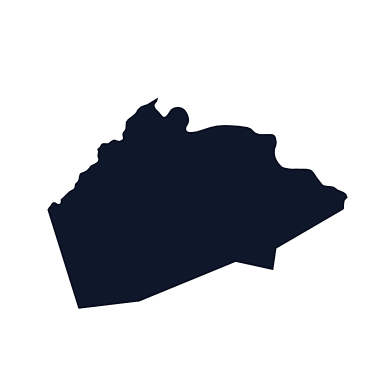 St. Joseph Estate, Dennery, Saint Lucia (Equal Earth projection), rotated 71°
{"feature_id": "8701671B99871718233737", "entity_name": "St. Joseph Estate", "entity_type": "district", "adm_level": 2, "iso_a3": "LCA", "parent_name": "Saint Lucia", "parent_adm1": "Dennery", "projection": "equal_earth", "projection_center": [-60.918, 13.902], "detail": "fine", "context": "isolated", "style": "filled", "palette": "ink", "viewbox_px": 384, "rotation_deg": 71, "n_neighbors": 0, "source": "geoboundaries", "source_scale": "gbopen_adm2", "svg_char_len": 3057}
<svg xmlns="http://www.w3.org/2000/svg" viewBox="0 0 384 384"><g transform="rotate(71 192 192)"><path d="M95.2,205.8L95.1,207.6L95.1,210.8L95.3,212.8L96.1,214.6L97.2,216.6L98.5,217.9L99.2,218.8L100.3,220.8L101.1,223.0L102.5,227.3L103.1,228.9L104.1,230.0L104.6,231.1L105.2,231.3L108.4,232.7L110.7,233.6L111.6,234.4L112.8,235.8L113.4,236.9L114.1,237.9L116.4,238.7L118.8,238.9L119.8,239.6L120.2,240.2L120.8,241.9L120.7,242.6L120.8,244.6L117.8,248.7L117.8,249.3L118.0,251.2L118.8,253.6L119.3,254.9L119.3,255.9L118.5,257.9L117.7,260.1L117.6,260.8L118.1,262.2L119.4,263.4L119.9,264.2L120.3,264.9L120.8,266.4L121.3,267.0L122.3,267.0L123.6,266.9L124.5,267.5L126.7,268.7L128.0,269.1L130.7,269.0L131.4,269.5L132.1,269.9L133.2,271.0L133.7,272.5L134.3,274.8L134.4,275.6L134.4,276.7L134.7,278.2L134.9,279.4L136.0,280.6L137.4,283.2L138.1,285.2L138.4,287.4L138.5,290.4L138.7,291.3L139.2,292.0L141.2,293.3L143.2,294.3L144.8,295.6L145.7,297.0L146.7,299.2L147.0,299.5L148.9,300.5L150.3,301.4L151.0,302.3L151.5,304.4L152.1,307.6L153.2,310.0L154.4,312.5L155.9,315.7L156.7,317.9L158.3,318.4L160.3,319.5L160.8,320.6L160.7,322.0L160.0,323.5L157.8,325.2L157.3,326.4L157.7,327.9L159.6,330.1L160.5,331.9L162.0,333.7L264.8,336.6L277.3,278.4L277.6,278.3L271.5,174.0L271.5,173.3L291.2,140.9L272.2,131.1L257.1,54.9L256.6,54.3L254.6,53.6L252.8,52.9L251.9,52.4L250.7,51.8L249.1,50.8L247.3,47.4L244.2,47.6L243.6,48.0L241.9,49.3L240.9,50.3L237.7,54.0L236.2,55.0L235.5,55.5L234.1,56.4L233.0,57.9L231.8,60.3L231.4,61.3L231.3,61.7L230.6,63.0L230.0,64.2L229.5,65.0L229.0,65.9L227.7,66.8L226.2,67.3L225.2,67.7L220.5,69.3L220.2,69.5L214.6,70.9L212.2,71.7L211.9,71.8L210.1,73.0L209.4,74.1L209.1,74.5L208.1,76.4L207.3,78.3L207.1,78.9L205.7,83.1L204.7,85.6L203.4,89.9L201.7,93.6L201.5,93.9L199.8,96.9L198.6,98.4L198.1,99.1L196.5,99.8L196.0,100.1L193.9,101.0L193.1,101.3L191.8,101.7L188.2,102.4L185.1,102.4L181.5,101.6L178.0,100.2L175.8,98.3L172.7,96.5L170.6,96.1L169.5,95.9L168.1,95.8L167.4,95.7L165.8,96.1L164.7,96.9L164.5,97.0L164.3,97.4L163.6,98.9L162.3,102.5L160.8,107.2L160.2,109.0L158.5,111.6L156.6,113.6L153.7,115.1L151.7,116.1L150.9,117.0L149.3,118.8L148.3,120.8L148.0,121.4L145.8,125.6L145.3,126.5L144.0,129.7L142.6,133.0L141.2,136.5L139.9,140.1L138.0,147.2L137.6,151.0L137.3,153.1L137.1,162.1L137.0,166.4L137.0,167.5L136.1,172.4L135.1,175.3L134.8,175.8L134.4,176.4L133.4,177.3L132.6,177.9L130.2,177.9L128.4,176.8L128.2,176.6L126.7,174.9L125.3,173.4L124.5,173.0L123.9,172.6L122.8,172.0L121.2,171.7L120.9,171.6L118.4,171.5L117.0,171.5L116.3,171.6L113.1,172.3L112.8,172.4L111.9,172.9L111.1,173.4L110.3,174.1L109.1,175.2L108.0,177.1L107.9,177.3L107.2,179.9L107.1,181.4L107.3,182.9L107.4,183.7L108.4,185.8L108.7,186.1L109.4,186.9L110.3,188.2L111.0,189.1L112.0,190.7L112.4,191.4L112.6,191.8L112.8,192.2L112.7,193.2L112.6,193.9L112.4,195.0L111.3,195.6L111.0,195.8L108.4,196.9L105.4,198.0L104.4,198.6L101.2,200.0L99.4,200.1L97.9,200.1L97.6,200.0L96.8,199.5L95.9,198.4L95.5,197.9L95.1,197.1L94.6,196.3L94.3,196.0L92.8,194.9L95.2,205.8Z" fill="#0f172a" stroke="#020617" stroke-width="1.5"/></g></svg>